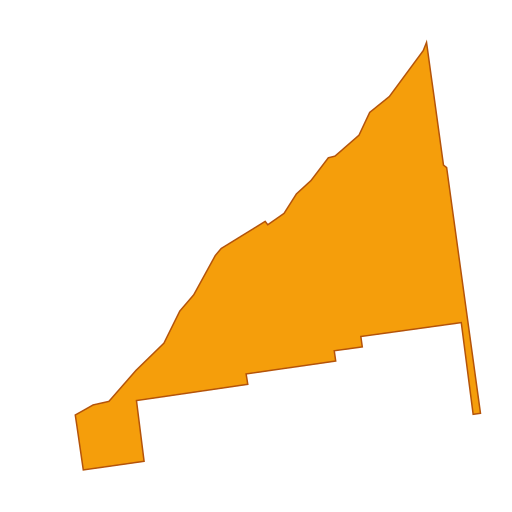 Merrick, Nebraska, United States of America (Robinson projection), rotated 172°
{"feature_id": "52423323B25038053629018", "entity_name": "Merrick", "entity_type": "district", "adm_level": 2, "iso_a3": "USA", "parent_name": "United States of America", "parent_adm1": "Nebraska", "projection": "robinson", "projection_center": [-97.996, 41.132], "detail": "fine", "context": "isolated", "style": "filled", "palette": "amber", "viewbox_px": 512, "rotation_deg": 172, "n_neighbors": 0, "source": "geoboundaries", "source_scale": "gbopen_adm2", "svg_char_len": 637}
<svg xmlns="http://www.w3.org/2000/svg" viewBox="0 0 512 512"><g transform="rotate(172 256 256)"><path d="M323.0,226.3L339.1,212.1L359.3,182.5L390.8,159.4L421.9,132.5L438.0,131.2L457.1,123.7L457.0,112.4L456.8,68.2L395.4,68.3L394.5,129.5L282.0,130.1L282.2,140.6L191.7,140.9L191.7,151.3L163.4,151.2L163.4,161.7L62.0,161.5L63.0,69.0L55.6,69.0L54.9,317.0L57.7,319.9L57.5,389.5L57.5,410.2L57.4,440.4L57.4,443.8L61.8,436.1L101.7,395.4L123.4,382.4L137.2,361.3L163.9,343.9L170.7,343.2L191.0,323.1L207.3,311.9L222.3,294.3L240.0,285.3L242.1,289.0L289.4,268.3L296.2,262.2L323.0,226.3Z" fill="#f59e0b" stroke="#b45309" stroke-width="1.5"/></g></svg>